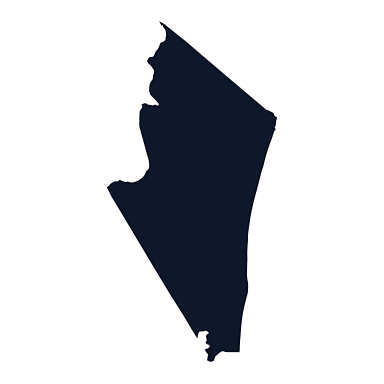 the district of Conceição da Barra, Espírito Santo, Brazil
{"feature_id": "56859067B74705866217996", "entity_name": "Conceição da Barra", "entity_type": "district", "adm_level": 2, "iso_a3": "BRA", "parent_name": "Brazil", "parent_adm1": "Espírito Santo", "projection": "equal_earth", "projection_center": [-39.838, -18.451], "detail": "fine", "context": "isolated", "style": "filled", "palette": "ink", "viewbox_px": 384, "rotation_deg": 0, "n_neighbors": 0, "source": "geoboundaries", "source_scale": "gbopen_adm2", "svg_char_len": 3217}
<svg xmlns="http://www.w3.org/2000/svg" viewBox="0 0 384 384"><path d="M163.6,24.6L163.8,26.7L164.9,27.9L166.1,29.5L166.7,32.5L167.0,35.6L166.4,37.4L166.4,39.3L165.0,41.6L163.6,42.5L162.2,42.7L160.8,43.8L160.1,45.9L159.0,48.4L158.0,50.1L156.5,51.6L155.1,54.7L154.1,57.1L152.5,57.6L149.9,57.9L148.6,59.3L148.0,61.4L149.3,63.5L150.9,64.4L151.9,65.9L153.2,67.6L154.8,70.1L154.8,73.2L153.8,75.4L153.6,78.4L153.1,80.1L151.5,82.0L150.6,84.0L150.2,85.8L149.9,88.4L150.0,91.5L151.0,94.3L152.5,96.0L154.1,97.4L155.5,98.8L156.8,100.3L158.5,102.4L160.2,104.6L158.2,106.5L156.3,106.0L154.7,105.4L152.6,106.4L151.1,105.8L149.2,105.5L147.5,105.4L146.3,104.3L144.6,104.0L142.5,104.8L143.2,106.7L142.4,108.8L140.8,110.6L140.3,113.0L140.2,115.7L140.1,118.2L140.1,120.8L140.0,123.7L140.1,126.5L140.9,129.4L141.5,131.5L142.0,133.5L142.5,135.2L143.0,137.0L143.7,139.3L144.3,141.7L145.1,144.5L145.8,147.0L146.6,150.1L147.1,151.9L147.6,153.7L148.1,155.5L149.2,159.3L149.6,161.2L150.0,164.7L149.7,168.4L148.4,170.2L146.8,171.7L145.8,174.4L144.4,176.5L143.2,177.9L141.8,178.9L140.4,180.1L138.8,181.1L137.2,181.8L135.0,182.6L133.1,183.2L130.6,183.2L127.8,182.4L124.9,182.8L122.8,182.0L121.2,181.4L119.8,180.6L118.8,181.9L117.0,182.2L115.3,182.1L113.1,183.0L111.1,184.3L109.4,186.4L107.8,187.5L112.1,196.2L119.5,208.3L123.4,215.0L124.5,216.7L129.4,225.0L132.1,229.5L139.2,241.4L147.9,255.9L149.4,258.5L150.5,260.4L160.8,277.5L162.8,280.9L172.7,297.1L184.6,315.9L191.9,328.3L197.0,336.5L197.5,333.5L198.9,330.9L201.1,330.7L203.7,330.5L205.3,329.9L207.2,330.5L209.6,332.0L208.9,334.5L207.2,335.1L206.7,336.9L207.3,338.7L207.5,340.6L206.4,342.7L207.8,343.7L210.1,344.4L210.6,346.7L209.4,348.5L207.8,349.1L205.7,350.0L207.0,352.0L208.2,353.2L208.9,355.1L208.4,357.0L207.9,359.9L209.7,360.8L211.6,361.0L213.2,360.1L213.9,358.2L214.7,356.1L215.9,354.9L217.6,353.4L218.8,352.5L219.9,351.5L221.7,350.6L223.1,350.4L225.4,351.2L227.4,351.4L233.7,351.4L237.0,351.4L238.8,351.4L239.0,349.3L239.0,347.2L239.1,344.6L239.3,341.9L239.4,339.3L239.7,336.6L239.9,334.2L240.1,331.7L240.3,328.6L240.4,326.8L240.6,324.7L241.0,321.4L241.3,319.0L241.6,316.6L241.9,314.5L242.4,311.7L242.8,309.8L243.3,307.3L243.7,305.6L244.3,303.3L244.8,301.2L245.4,299.1L245.9,296.8L246.7,294.2L247.2,291.8L247.3,289.3L247.4,285.5L247.2,282.8L246.8,280.3L246.4,277.8L246.2,274.9L246.2,272.3L246.3,270.3L246.3,268.1L246.4,265.0L246.5,261.7L246.6,258.8L246.5,255.6L246.5,251.7L246.6,249.3L246.9,243.9L247.2,240.6L247.2,238.7L247.2,236.3L247.4,233.3L247.7,230.8L248.1,227.8L248.5,225.2L248.9,222.4L249.5,218.4L249.8,216.4L250.3,213.9L250.7,211.5L251.1,209.7L251.7,207.2L252.5,203.4L253.1,200.9L253.8,198.2L254.6,195.3L255.2,192.9L256.1,190.0L256.7,187.5L257.2,185.8L257.6,183.9L258.3,181.4L258.9,179.0L259.6,176.3L260.2,173.6L260.8,171.4L261.6,168.9L262.3,167.0L262.9,164.7L263.6,161.8L265.0,156.3L265.9,153.4L266.8,150.5L267.5,148.2L268.5,145.4L269.4,142.9L270.0,141.2L270.9,139.0L271.6,137.0L272.2,134.8L272.8,133.0L273.8,130.6L274.8,129.2L273.7,127.8L275.0,125.1L275.4,121.2L276.2,117.8L274.0,116.5L272.8,113.5L267.4,110.8L266.0,110.5L224.7,75.6L201.3,55.6L184.1,40.9L163.6,24.6ZM160.9,23.0L161.7,24.7L163.6,24.6L160.9,23.0Z" fill="#0f172a" stroke="#020617" stroke-width="1.5"/></svg>